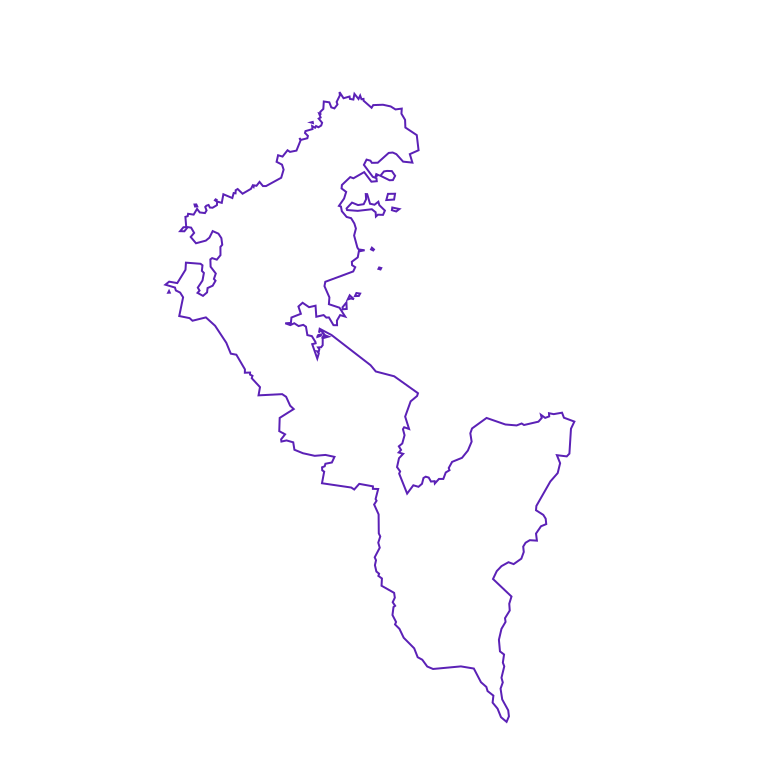 Lombok Barat, Nusa Tenggara Barat, Indonesia (Albers equal-area conic projection), rotated 114°
{"feature_id": "22746128B38668827904245", "entity_name": "Lombok Barat", "entity_type": "district", "adm_level": 2, "iso_a3": "IDN", "parent_name": "Indonesia", "parent_adm1": "Nusa Tenggara Barat", "projection": "albers", "projection_center": [116.037, -8.666], "detail": "fine", "context": "isolated", "style": "outline", "palette": "violet", "viewbox_px": 768, "rotation_deg": 114, "n_neighbors": 0, "source": "geoboundaries", "source_scale": "gbopen_adm2", "svg_char_len": 6182}
<svg xmlns="http://www.w3.org/2000/svg" viewBox="0 0 768 768"><g transform="rotate(114 384 384)"><path d="M378.6,349.2L372.8,377.8L375.9,396.6L372.3,403.9L360.6,451.8L359.7,465.2L363.5,464.3L360.5,464.0L363.5,457.6L363.3,454.0L367.1,458.6L373.5,455.8L376.0,456.4L377.4,459.1L378.6,457.2L380.8,456.8L381.3,458.3L382.6,456.0L387.9,455.3L376.8,465.8L374.6,463.0L373.5,463.7L369.6,469.4L370.5,473.9L363.4,478.6L362.8,481.8L365.8,485.6L365.0,490.7L368.3,493.5L368.7,498.9L366.1,493.9L360.9,495.6L353.7,488.5L348.0,493.7L342.9,491.4L344.3,483.7L340.3,478.4L350.1,473.2L345.6,467.2L346.8,463.7L345.6,461.4L350.8,454.1L349.4,450.8L345.2,452.8L338.9,452.1L338.2,446.9L332.4,455.7L333.5,466.8L327.1,469.1L318.8,478.2L314.5,479.2L293.7,457.9L289.0,457.8L288.4,461.5L285.4,463.1L279.0,459.5L273.1,460.9L269.7,456.1L271.4,461.9L270.2,463.8L260.5,471.7L253.4,472.9L249.4,476.4L245.9,481.5L246.6,486.1L243.3,492.8L239.4,495.5L239.6,497.6L230.8,495.9L223.9,496.7L222.6,502.3L219.3,503.4L208.7,499.0L208.5,495.6L198.5,488.3L204.3,477.8L201.7,473.1L199.1,474.6L199.3,478.5L192.0,491.5L186.1,491.2L185.5,487.2L186.9,485.1L184.4,479.7L171.0,473.7L169.0,470.2L169.0,466.2L173.1,457.0L170.2,448.1L163.5,453.9L156.4,447.5L143.3,455.3L141.0,468.8L134.1,472.2L130.0,478.0L125.2,479.8L128.5,485.2L127.7,490.8L129.3,498.5L133.6,507.3L136.7,507.7L133.5,517.9L131.9,518.7L133.0,520.4L130.2,523.1L134.0,523.2L131.0,529.0L136.6,527.7L137.4,531.1L135.4,532.4L139.4,537.2L135.4,543.4L138.2,541.7L145.6,542.0L147.5,540.2L152.4,541.4L152.7,544.7L148.9,548.5L150.4,553.9L157.4,551.3L161.3,552.9L163.0,552.0L163.2,553.4L166.3,550.3L168.1,551.6L170.5,546.8L173.4,546.5L176.1,548.3L176.0,551.0L177.9,551.2L177.6,554.5L180.2,553.0L184.9,558.6L186.8,558.3L188.3,554.4L190.7,554.0L194.8,559.2L193.7,561.3L195.4,559.3L206.4,558.9L210.2,564.3L209.7,567.2L217.5,569.2L218.1,573.8L224.7,572.5L225.1,566.4L229.0,562.9L237.4,561.8L251.2,572.3L252.4,575.1L250.0,579.9L254.8,581.1L255.4,583.6L256.9,583.3L256.2,584.7L259.8,584.9L267.7,590.6L265.4,597.0L267.3,598.3L270.2,597.2L270.7,599.0L275.8,598.2L276.0,607.9L284.5,605.9L285.2,610.6L288.6,609.4L292.7,612.3L293.6,614.8L291.8,617.1L293.4,618.8L295.0,619.3L297.6,616.7L300.7,617.1L302.2,622.1L300.1,626.0L306.7,626.8L308.2,632.2L310.5,631.6L312.1,633.4L321.1,628.5L322.4,631.0L327.3,632.4L325.7,628.5L320.5,627.1L319.6,623.8L323.2,618.9L328.3,620.4L331.9,613.0L325.5,605.1L321.3,603.0L314.0,602.7L314.0,596.4L316.9,591.9L322.6,588.4L325.3,589.2L332.8,585.8L338.4,587.3L338.9,592.2L340.8,593.3L347.4,590.1L351.5,582.6L357.2,582.1L358.2,579.9L363.9,580.5L368.1,584.2L372.3,582.9L377.1,585.2L376.6,591.4L373.7,590.5L371.7,593.3L363.3,591.9L355.8,593.7L354.7,596.4L349.4,598.1L348.8,600.5L353.7,614.3L360.4,611.8L375.9,613.9L377.9,621.9L382.2,624.1L380.9,614.2L383.2,612.2L383.4,607.4L386.5,602.8L405.2,598.7L402.9,588.4L404.1,584.7L395.6,573.8L399.5,562.0L410.5,544.8L418.6,536.3L417.3,530.8L427.2,517.0L430.3,515.7L428.0,511.0L429.9,510.2L430.0,507.5L432.5,507.2L437.3,496.0L445.4,494.0L434.7,472.9L435.5,468.2L442.0,460.9L443.6,456.3L457.4,465.5L469.7,460.5L470.2,453.9L476.4,455.5L478.3,454.3L475.2,450.1L474.2,443.2L480.5,439.1L480.2,429.8L477.8,418.1L472.6,408.6L470.7,399.6L476.9,399.7L480.7,405.1L483.3,404.7L485.3,406.7L488.0,405.3L488.4,403.0L499.9,400.3L491.9,371.8L492.5,368.3L485.3,366.0L482.0,352.5L484.3,351.5L482.3,346.6L492.5,344.9L493.7,343.3L498.1,344.0L505.3,335.9L522.6,328.0L524.8,325.4L531.3,324.7L535.3,321.3L546.1,322.0L548.3,319.6L553.2,318.6L558.4,314.7L559.3,311.3L561.6,311.1L562.5,306.8L569.3,304.2L570.7,289.8L574.8,287.2L579.8,287.3L582.1,283.6L583.9,284.6L591.6,282.3L596.5,276.2L599.2,276.1L601.4,270.3L607.8,262.8L613.2,248.9L619.9,242.1L620.3,236.9L624.5,229.6L624.4,223.3L610.7,198.9L607.4,186.2L617.0,174.1L619.1,167.3L622.4,164.5L624.2,157.3L630.9,155.2L634.4,148.2L640.8,141.6L642.8,134.6L636.8,134.7L631.6,137.8L624.1,147.7L614.9,153.6L608.3,154.1L604.6,157.2L593.0,159.3L590.2,162.1L582.3,164.3L581.1,169.3L570.9,175.0L559.9,177.1L551.9,176.2L548.7,178.2L539.8,177.0L533.8,180.2L526.3,181.1L517.8,205.1L509.1,204.9L502.6,202.6L496.2,197.8L495.8,192.3L487.7,187.5L480.6,188.0L475.9,190.7L471.4,190.1L467.4,187.3L464.9,180.6L458.8,184.3L450.1,182.7L446.0,178.8L441.3,181.5L438.8,185.2L437.5,193.8L433.4,195.2L405.4,192.4L394.7,189.1L384.7,190.9L378.7,197.1L375.8,187.6L372.2,186.3L348.8,195.0L340.9,194.8L341.6,205.9L337.8,209.7L342.5,216.7L343.6,221.4L346.4,219.9L349.4,223.0L348.3,228.1L350.9,226.1L355.6,227.6L364.5,239.4L364.1,242.2L367.9,246.0L371.6,256.6L373.3,276.5L388.8,285.5L393.9,285.1L401.0,280.5L410.7,280.3L419.7,282.7L427.4,290.1L434.4,290.7L436.1,289.1L439.7,291.6L446.6,291.2L448.4,295.2L454.2,297.1L452.2,298.3L454.0,301.4L451.3,305.1L451.7,308.2L453.8,309.7L459.7,308.7L463.9,310.7L464.6,316.0L474.7,318.3L459.7,333.7L457.3,333.7L454.6,338.3L445.7,340.1L440.0,338.1L440.6,342.7L437.3,341.6L434.9,345.1L430.9,343.1L422.4,344.4L417.6,348.3L415.3,348.0L414.9,342.8L405.2,351.4L389.0,352.6L381.5,348.9L378.6,349.2ZM234.3,459.5L231.8,458.4L229.9,453.7L225.2,453.7L222.5,461.0L219.8,463.3L224.1,465.6L225.0,470.1L217.4,476.6L217.9,477.9L222.5,475.5L228.0,475.7L231.1,480.5L231.3,487.0L238.8,489.6L240.1,488.5L236.5,478.4L229.3,466.2L230.5,461.5L234.3,459.5ZM195.2,472.0L195.6,461.8L194.1,458.8L189.3,458.5L186.3,463.4L188.1,467.9L189.8,470.5L195.2,472.0ZM215.0,456.7L211.4,449.8L205.7,451.3L208.7,457.7L215.0,456.7ZM330.8,453.1L332.5,452.0L330.6,448.6L324.8,451.5L330.8,453.1ZM222.0,447.5L221.4,443.0L217.9,441.1L219.4,448.2L222.0,447.5ZM321.5,451.5L319.3,449.0L318.8,446.0L316.9,451.4L321.5,451.5ZM315.5,446.3L313.8,442.8L311.1,442.6L312.1,446.2L315.5,446.3ZM368.1,464.0L365.6,461.4L364.2,461.4L366.0,464.0L367.6,464.2L368.1,464.0ZM266.3,450.6L266.4,448.2L265.2,447.9L264.4,450.5L266.3,450.6ZM297.7,626.9L296.3,628.5L297.1,630.1L298.7,628.8L297.7,626.9ZM195.4,476.4L197.8,476.1L195.4,474.1L195.4,476.4ZM281.1,435.9L280.8,433.8L279.2,433.7L279.5,435.8L281.1,435.9ZM363.3,458.8L365.4,459.0L364.1,457.8L363.3,458.8ZM387.7,616.9L386.5,618.2L388.4,618.3L387.7,616.9ZM285.2,611.5L283.9,611.7L283.8,612.9L284.9,613.2L285.2,611.5ZM174.8,557.2L174.5,555.1L173.6,555.7L174.8,557.2Z" fill="none" stroke="#5b21b6" stroke-width="2"/></g></svg>